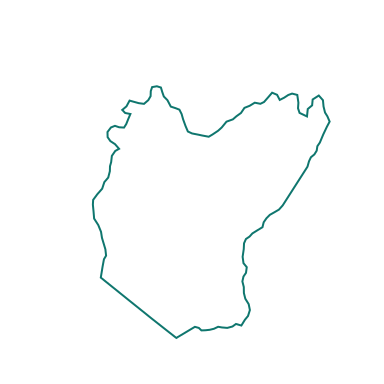 outline of Bananeiras, Paraíba, Brazil, rotated 24°
{"feature_id": "56859067B72565003837618", "entity_name": "Bananeiras", "entity_type": "district", "adm_level": 2, "iso_a3": "BRA", "parent_name": "Brazil", "parent_adm1": "Paraíba", "projection": "natural_earth1", "projection_center": [-35.597, -6.693], "detail": "fine", "context": "isolated", "style": "outline", "palette": "teal", "viewbox_px": 384, "rotation_deg": 24, "n_neighbors": 0, "source": "geoboundaries", "source_scale": "gbopen_adm2", "svg_char_len": 1864}
<svg xmlns="http://www.w3.org/2000/svg" viewBox="0 0 384 384"><g transform="rotate(24 192 192)"><path d="M287.2,121.9L286.4,116.4L286.5,111.9L288.5,107.9L289.1,103.5L287.9,99.2L288.7,94.8L288.5,86.0L288.7,77.5L289.1,71.7L284.9,67.8L281.2,65.3L277.4,60.4L274.3,54.9L268.6,52.3L264.6,58.4L266.5,64.0L264.0,69.1L266.3,76.2L258.1,76.0L254.8,72.4L252.9,67.2L248.7,60.5L243.4,61.4L240.5,64.2L237.8,68.4L234.7,72.2L230.2,68.6L224.8,68.7L223.1,74.4L221.2,80.5L218.6,83.6L213.0,84.9L209.6,89.8L205.7,93.8L204.6,99.9L201.8,104.7L199.8,109.0L194.9,113.7L192.9,121.0L190.9,125.5L187.3,131.2L184.8,134.7L178.1,136.3L174.7,137.0L168.2,138.5L163.6,138.4L159.2,134.3L154.3,129.2L150.8,125.0L147.0,121.9L142.9,122.1L137.9,122.6L132.2,118.1L127.4,116.2L124.2,112.8L121.1,109.2L116.9,109.7L112.9,112.4L113.3,116.6L115.2,121.3L114.7,125.9L112.3,131.0L107.2,132.5L97.8,133.9L97.3,140.4L94.9,145.4L98.8,147.0L104.0,145.8L104.1,151.4L104.3,156.7L103.7,160.8L99.1,162.5L94.7,162.9L91.7,166.0L90.4,171.6L92.6,176.2L96.7,178.7L102.2,179.6L107.8,182.2L105.2,185.7L104.1,191.6L106.0,197.6L106.6,201.8L108.5,206.4L109.6,212.9L107.9,218.6L108.6,225.5L106.4,232.6L104.9,239.4L106.6,243.9L109.9,249.7L113.4,256.1L119.8,260.3L125.1,265.4L128.4,270.5L136.2,279.6L139.4,285.1L138.9,289.2L140.7,296.7L143.5,307.3L179.3,316.8L186.9,318.8L206.6,324.0L225.9,328.9L237.0,331.7L249.5,314.0L253.5,313.4L256.9,314.6L260.4,312.9L264.2,310.7L267.7,308.0L270.7,304.5L274.3,303.6L279.5,301.8L283.7,298.4L285.8,294.7L291.4,293.9L292.3,287.2L293.6,282.5L292.9,276.3L289.4,271.4L284.1,267.8L280.5,263.2L278.0,257.8L274.4,253.2L273.4,248.3L274.2,243.9L272.6,238.4L268.0,236.1L264.6,230.6L262.5,223.1L260.4,217.7L260.4,213.0L262.7,209.3L264.0,205.3L267.3,200.4L270.7,195.5L269.8,190.5L270.7,185.7L272.4,181.2L275.3,177.3L278.6,172.7L280.3,167.4L287.2,121.9Z" fill="none" stroke="#0f766e" stroke-width="2"/></g></svg>